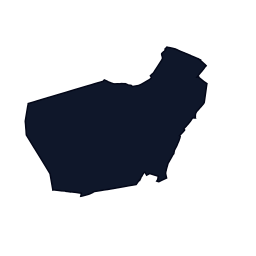 Brunssum, Limburg, Netherlands, rotated 157°
{"feature_id": "6326949B33159250264853", "entity_name": "Brunssum", "entity_type": "district", "adm_level": 2, "iso_a3": "NLD", "parent_name": "Netherlands", "parent_adm1": "Limburg", "projection": "mercator", "projection_center": [5.961, 50.944], "detail": "fine", "context": "isolated", "style": "filled", "palette": "ink", "viewbox_px": 256, "rotation_deg": 157, "n_neighbors": 0, "source": "geoboundaries", "source_scale": "gbopen_adm2", "svg_char_len": 5261}
<svg xmlns="http://www.w3.org/2000/svg" viewBox="0 0 256 256"><g transform="rotate(157 128 128)"><path d="M224.3,161.3L223.4,155.3L222.1,146.5L221.9,145.4L220.5,136.3L219.0,126.2L217.6,116.4L221.4,100.2L220.6,100.1L219.9,99.7L216.9,98.0L213.5,96.0L212.8,95.7L211.4,95.0L211.5,95.0L210.5,94.6L210.0,94.0L209.3,93.6L208.0,92.9L207.7,92.7L205.6,91.4L205.4,91.4L205.4,91.5L201.0,89.0L196.5,86.2L196.4,86.1L198.2,83.6L197.9,83.5L196.2,83.2L192.6,82.7L190.4,82.4L188.9,82.3L186.9,82.4L185.5,82.4L185.3,82.5L185.0,82.7L183.6,82.6L182.7,82.4L177.2,81.0L174.5,80.4L172.3,79.8L171.0,79.4L167.5,78.6L166.3,78.3L165.9,78.2L165.1,78.0L164.7,77.9L164.2,77.8L163.9,77.8L163.4,77.6L163.1,77.6L162.0,77.3L161.4,77.2L160.7,77.0L160.3,76.9L156.3,76.0L155.1,75.7L150.5,74.7L142.6,72.8L138.1,75.6L137.8,75.2L136.8,76.1L136.1,76.6L135.6,77.4L134.2,78.2L133.7,78.6L132.5,79.6L132.4,79.6L132.1,79.8L131.8,80.0L131.6,80.1L131.1,80.5L130.8,80.7L130.3,80.8L129.7,80.8L129.3,77.3L125.8,77.6L122.2,74.5L120.5,73.1L119.0,71.8L118.9,71.6L119.5,71.0L119.7,70.7L120.1,69.9L121.2,68.6L121.3,68.5L122.3,67.9L122.1,67.7L120.8,66.6L120.6,66.6L120.4,66.5L119.0,66.6L117.8,66.7L112.0,66.9L111.9,67.5L111.6,69.3L111.2,71.2L111.1,71.5L110.9,72.0L110.6,72.5L110.4,72.7L110.1,73.2L109.8,73.7L109.4,74.1L109.2,74.4L108.8,75.0L108.6,75.3L105.6,79.0L105.3,79.5L105.1,79.7L104.7,80.0L99.2,84.2L98.2,85.0L97.6,85.5L97.3,85.7L97.0,85.9L96.6,86.1L96.0,86.4L96.0,86.5L95.9,86.5L95.4,87.2L94.9,88.0L94.3,88.8L94.2,89.0L93.9,89.4L93.6,89.7L93.3,89.9L92.6,90.5L91.6,91.3L91.2,91.6L90.5,92.2L90.1,92.5L89.3,93.3L89.2,93.4L89.1,93.5L88.7,93.9L88.5,94.1L88.1,94.5L87.6,95.0L86.9,95.6L86.4,96.1L85.9,96.6L85.3,97.3L84.9,97.8L84.3,98.4L83.9,99.0L83.7,99.2L83.3,99.7L83.7,100.8L83.3,101.0L83.0,101.1L82.6,101.2L82.4,101.3L81.8,101.6L79.0,102.8L77.2,103.7L76.9,103.8L76.7,103.8L76.4,103.9L76.5,103.9L76.5,104.0L76.8,104.5L76.9,104.8L77.0,105.0L77.1,105.4L76.9,105.5L75.6,106.1L74.8,106.5L74.2,106.7L73.7,106.9L73.4,107.1L73.0,107.3L72.6,107.5L72.2,107.7L71.5,108.0L70.8,108.3L70.3,108.6L70.1,108.7L69.6,109.0L68.4,109.6L67.9,109.9L67.3,110.3L67.2,110.3L67.0,110.5L64.6,112.1L63.4,111.5L62.1,110.9L62.1,111.0L61.6,112.0L61.4,112.6L60.9,113.7L60.3,114.6L59.7,115.3L59.2,115.7L58.3,116.4L56.0,117.4L52.5,119.2L52.4,119.1L51.7,119.5L49.1,120.8L48.8,121.0L48.4,121.3L47.9,121.7L47.2,122.8L44.9,126.6L41.3,132.6L39.4,135.8L38.4,137.4L38.1,137.9L38.0,138.0L39.0,139.6L40.0,141.1L40.3,141.7L42.3,145.5L43.0,146.8L43.3,147.4L43.2,147.5L44.5,147.9L43.4,148.5L41.8,149.5L40.8,150.0L39.5,150.7L37.9,151.4L37.5,151.7L35.2,152.9L34.4,153.4L33.3,154.1L32.2,154.5L31.7,154.8L32.1,155.7L32.2,156.1L32.3,156.1L32.5,156.6L32.6,156.9L32.7,157.1L32.8,157.3L33.1,158.0L34.5,161.0L35.2,162.8L35.3,162.9L35.2,162.9L35.3,163.0L35.5,163.2L35.8,163.6L36.0,163.9L36.1,164.1L36.3,164.2L36.2,164.2L36.5,164.6L36.8,164.7L37.2,165.2L37.6,165.6L37.9,165.9L38.2,166.2L38.4,166.5L38.7,166.7L38.8,166.8L39.0,167.0L39.2,167.3L39.7,167.8L39.8,167.8L39.9,168.0L40.1,168.2L40.3,168.4L40.4,168.5L40.6,168.7L40.9,169.0L41.3,169.4L41.5,169.6L41.9,170.0L42.1,170.2L42.1,170.3L42.4,170.7L42.5,170.6L42.6,170.8L42.8,171.0L43.6,171.8L43.9,172.2L44.2,172.6L44.4,172.8L44.6,172.9L44.8,173.1L45.0,173.3L45.2,173.5L45.3,173.6L45.6,173.9L45.7,174.0L45.8,174.1L46.4,174.7L47.0,175.4L47.6,175.9L48.0,176.3L48.1,176.5L48.3,176.6L48.8,177.1L49.4,177.7L51.6,180.1L51.8,180.3L52.4,181.1L52.5,181.1L53.7,182.4L53.8,182.3L54.3,182.7L54.7,183.1L55.2,183.5L55.4,183.7L55.7,183.9L56.7,184.6L57.8,185.4L59.0,186.2L59.2,186.3L59.6,186.5L60.0,186.8L60.2,187.0L60.5,187.3L63.1,186.2L62.8,185.5L62.7,185.3L63.5,185.0L64.3,184.6L64.8,184.4L65.3,184.2L65.5,184.3L67.8,183.4L68.2,182.9L68.2,182.0L68.4,181.9L68.5,181.3L68.5,180.8L68.6,180.3L68.7,179.8L68.7,179.4L68.9,179.1L69.0,178.9L69.1,178.6L69.4,178.2L70.0,177.7L71.2,176.8L72.1,176.2L77.8,172.3L80.4,170.6L82.8,168.9L83.9,168.4L85.1,168.1L87.0,167.3L86.6,165.8L86.7,165.3L87.7,164.7L88.4,164.4L89.9,164.1L92.5,163.8L95.4,163.4L98.0,163.1L99.2,163.0L100.7,163.0L101.4,163.0L101.8,163.0L102.1,163.1L105.9,164.0L106.8,164.2L107.2,164.3L107.6,164.4L107.8,164.4L108.0,165.2L108.2,165.6L108.3,165.8L108.6,166.1L108.9,166.3L110.6,167.2L111.0,167.5L111.4,167.9L111.7,168.2L111.9,168.6L112.4,169.1L112.7,169.4L113.1,169.8L113.4,169.9L113.5,170.0L113.8,170.1L114.0,170.2L114.3,170.3L114.7,170.5L115.7,171.0L117.0,171.6L117.6,171.7L118.2,171.9L118.6,172.0L118.8,172.0L119.8,172.6L120.0,172.7L120.4,172.8L120.8,173.0L121.1,173.1L121.4,173.2L121.9,173.4L123.0,173.7L123.2,173.8L123.4,173.9L123.4,174.0L123.7,174.1L124.1,174.4L124.6,174.8L125.2,175.4L125.3,175.4L126.2,176.3L126.4,176.6L126.7,176.8L127.7,177.8L128.6,178.6L128.6,178.9L129.4,179.8L130.0,180.4L130.5,181.0L130.8,181.3L131.0,181.5L131.8,181.2L132.3,180.9L132.6,180.7L133.4,180.8L135.3,181.0L136.1,181.1L137.4,181.3L141.5,181.8L142.5,181.9L144.8,182.1L149.6,182.7L151.4,182.9L159.3,183.8L160.9,184.0L167.4,184.7L171.3,185.1L179.0,186.0L187.1,186.9L190.2,187.3L191.6,187.4L193.1,187.6L194.9,187.8L196.7,188.0L198.7,188.2L201.3,188.5L203.6,188.7L207.0,189.1L207.9,189.2L210.3,189.5L210.8,188.6L211.3,187.9L212.0,186.9L213.2,185.0L219.8,174.6L220.1,173.9L220.9,171.3L221.7,169.0L222.8,165.6L223.6,163.4L224.1,161.9L224.3,161.3Z" fill="#0f172a" stroke="#020617" stroke-width="1.5"/></g></svg>